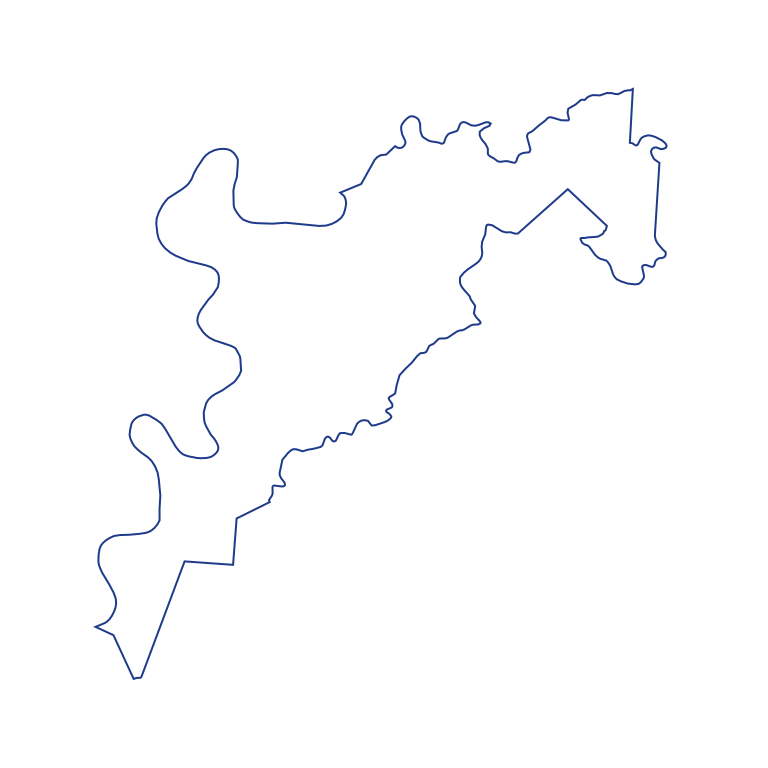 La Lima, Cortés, Honduras, rotated 185°
{"feature_id": "27666195B9619051731773", "entity_name": "La Lima", "entity_type": "district", "adm_level": 2, "iso_a3": "HND", "parent_name": "Honduras", "parent_adm1": "Cortés", "projection": "albers", "projection_center": [-87.885, 15.503], "detail": "fine", "context": "isolated", "style": "outline", "palette": "blue", "viewbox_px": 768, "rotation_deg": 185, "n_neighbors": 0, "source": "geoboundaries", "source_scale": "gbopen_adm2", "svg_char_len": 6162}
<svg xmlns="http://www.w3.org/2000/svg" viewBox="0 0 768 768"><g transform="rotate(185 384 384)"><path d="M128.9,628.3L134.5,631.5L137.6,636.3L138.3,639.1L137.4,641.5L135.5,643.1L133.4,643.4L128.6,642.1L125.7,642.8L123.7,644.1L123.2,645.7L123.8,647.2L125.4,648.9L128.5,651.0L135.4,653.8L139.8,654.7L142.7,654.7L146.3,653.4L148.7,651.8L149.9,650.0L151.9,645.0L152.9,643.8L154.4,643.7L157.6,645.5L160.1,645.7L161.8,699.6L164.4,698.0L166.2,697.9L169.9,696.9L176.0,693.1L179.7,693.1L182.6,693.7L185.7,693.3L186.8,693.5L194.1,690.3L200.0,690.1L201.8,689.8L204.1,688.8L206.6,687.1L208.7,684.5L211.4,684.5L212.6,684.1L217.4,679.2L224.4,674.3L224.8,670.3L222.8,664.0L223.0,663.1L223.6,662.6L230.4,662.2L240.2,664.2L242.6,664.1L243.9,663.4L246.4,660.4L253.1,654.2L258.3,648.7L262.3,646.2L263.2,643.7L262.8,641.9L258.5,630.2L259.4,627.6L265.0,626.4L267.6,625.3L269.6,623.7L271.0,620.5L271.5,617.7L272.5,616.1L274.0,615.7L280.1,616.7L282.5,616.6L286.8,615.6L289.0,615.5L290.3,615.9L294.9,618.7L297.3,619.6L299.8,621.1L300.6,622.5L301.0,627.2L301.7,628.7L304.1,632.3L306.7,634.7L309.0,637.5L310.4,640.3L310.6,643.7L306.7,647.5L301.3,650.5L301.3,651.4L300.4,652.7L303.0,653.9L305.7,653.5L312.8,650.1L315.8,649.2L319.6,649.3L325.8,651.8L327.8,651.8L329.2,651.3L330.3,650.4L331.0,649.1L332.5,644.1L333.3,642.5L340.6,639.3L342.0,638.2L343.8,635.2L345.4,629.5L346.4,628.7L347.6,628.4L350.8,629.3L359.4,629.9L361.8,630.8L366.4,633.2L367.6,634.4L369.2,637.7L369.8,639.5L370.8,646.7L372.5,650.2L374.5,651.9L377.0,652.9L379.8,653.2L381.9,652.5L384.2,650.6L386.9,647.3L388.8,644.0L389.3,641.9L389.0,638.7L387.6,634.2L383.8,627.5L383.7,625.4L384.7,623.1L386.5,621.2L388.8,620.4L391.1,620.6L393.7,621.9L401.7,612.8L407.4,611.6L410.6,609.3L412.9,606.4L424.1,581.3L444.3,570.8L440.2,567.8L438.8,565.5L437.9,562.9L437.5,560.5L437.6,557.6L438.2,553.3L439.1,549.6L441.1,545.9L445.1,542.0L449.8,539.0L455.3,536.8L462.3,535.8L496.0,536.1L509.0,534.0L523.8,533.2L528.9,533.2L532.3,533.6L538.5,535.4L541.6,537.7L545.5,541.9L548.2,545.8L549.3,549.0L550.9,563.6L550.2,570.2L548.6,577.4L548.9,592.9L549.4,595.3L551.1,598.1L553.8,601.1L556.7,603.1L560.4,604.2L564.2,604.3L568.8,603.6L573.1,602.2L578.1,599.3L581.5,596.2L583.5,593.4L589.1,583.2L591.6,577.6L593.5,571.4L596.1,566.7L598.1,564.2L602.1,560.5L615.3,550.2L617.6,547.1L620.4,542.3L623.3,535.5L624.9,529.0L624.8,523.7L622.9,514.3L621.1,509.0L617.7,504.0L613.8,500.0L608.2,496.2L602.6,493.6L589.7,489.5L571.8,486.7L566.4,485.4L562.3,483.2L559.7,480.7L558.3,478.0L557.6,474.8L557.5,470.4L558.0,465.9L562.2,458.1L566.3,452.8L573.1,441.5L574.7,437.4L575.4,434.0L575.5,431.2L574.9,428.5L573.2,425.4L568.7,419.9L565.4,417.1L562.2,415.0L556.7,412.7L540.2,408.8L536.9,407.6L534.8,406.4L530.1,399.3L529.2,396.1L527.5,384.7L528.9,380.3L532.0,374.8L533.5,372.8L544.7,363.4L551.2,359.3L554.6,356.7L557.9,352.6L559.6,349.0L561.1,340.0L560.4,334.5L559.4,330.1L557.6,326.5L552.9,319.5L551.2,317.4L548.5,314.9L546.1,311.8L544.5,309.1L543.5,306.5L543.5,304.1L544.4,301.7L546.4,299.2L549.2,296.8L552.0,295.5L554.8,294.8L559.9,294.1L563.7,294.0L572.3,294.9L576.4,295.8L578.6,296.7L581.9,299.0L586.0,303.3L598.1,320.3L601.5,324.4L603.5,326.0L607.5,328.4L615.1,332.1L617.6,332.6L620.1,332.6L624.8,330.7L627.5,328.9L629.7,326.7L631.2,324.5L632.1,322.2L632.9,316.5L633.0,311.0L631.9,307.5L629.5,303.2L627.5,300.5L624.3,297.7L619.2,294.1L612.8,290.4L608.8,287.1L604.9,282.0L601.8,276.0L600.0,269.2L597.1,253.4L596.7,239.8L595.7,228.6L597.3,224.8L600.1,220.6L602.7,218.0L605.7,216.0L608.5,214.9L615.2,213.3L624.1,211.7L633.8,210.5L639.7,209.1L644.4,206.4L647.3,204.1L650.1,201.2L652.0,198.2L653.0,194.7L653.4,189.6L653.1,182.6L652.2,178.9L650.6,175.5L648.0,171.0L640.4,160.6L635.0,152.3L632.4,146.4L631.7,141.7L632.0,137.9L632.9,134.2L634.9,129.3L636.9,125.8L639.3,123.1L641.2,121.6L650.2,116.9L631.6,110.2L607.7,68.4L604.9,69.6L601.2,70.1L600.2,70.9L567.2,189.9L518.6,190.7L519.1,237.2L487.6,256.4L488.4,258.0L488.3,258.6L485.9,263.1L485.4,264.9L486.1,271.8L485.5,272.9L484.4,273.3L476.9,273.0L475.0,273.4L474.1,274.1L473.9,275.4L474.6,277.2L478.1,281.0L479.5,283.2L480.1,284.8L480.2,286.7L478.6,299.7L473.7,306.8L471.0,309.8L468.6,311.2L465.6,311.3L459.1,309.9L454.1,311.9L448.3,313.4L441.6,315.8L439.9,317.5L438.2,324.0L437.3,325.5L436.1,326.5L434.9,326.6L433.5,326.1L430.2,322.7L428.6,322.4L427.0,323.4L424.9,329.1L423.5,331.2L419.1,331.8L413.1,330.7L411.8,330.8L410.9,332.3L407.4,342.0L405.6,344.1L403.2,345.6L400.1,346.3L396.8,345.9L392.8,341.7L391.8,341.6L388.9,342.3L379.8,346.2L376.5,348.3L374.3,350.6L373.9,351.4L373.9,352.2L374.7,353.4L376.4,355.0L379.0,356.2L379.6,357.7L378.8,358.9L374.4,361.2L373.8,362.1L373.7,363.2L374.2,364.9L377.6,369.0L378.1,370.5L377.0,371.8L372.7,374.9L372.0,376.0L371.3,383.7L369.3,394.1L363.6,401.5L358.2,407.6L353.1,415.2L350.3,417.9L347.3,418.4L345.1,419.3L344.2,420.7L342.3,425.8L340.4,427.2L338.3,428.2L333.4,433.8L331.5,434.3L327.4,434.7L325.3,435.3L323.0,436.9L316.1,442.5L313.3,443.9L310.7,444.4L308.6,445.4L302.5,450.0L300.5,450.8L295.2,451.6L293.3,452.8L293.2,453.7L294.0,454.9L298.1,458.6L300.6,462.2L300.0,468.8L300.3,470.2L304.9,475.8L306.3,478.9L313.3,485.6L315.5,488.1L317.0,491.1L317.5,494.9L317.5,496.5L317.0,497.8L314.0,502.0L310.5,505.5L302.2,512.4L299.9,514.9L298.5,517.5L297.7,520.0L297.5,522.9L298.7,529.2L298.6,534.3L296.2,541.9L296.0,549.3L295.5,551.1L294.7,551.7L293.5,551.9L289.9,551.5L280.2,546.6L277.5,545.9L275.2,545.7L271.1,546.2L266.5,545.2L263.8,545.5L217.9,594.1L175.7,560.9L176.6,556.7L177.0,556.1L178.0,555.6L178.3,554.1L179.4,552.4L183.8,549.4L194.1,547.7L197.0,546.9L200.4,546.6L200.9,546.0L200.8,545.3L199.0,542.1L196.5,540.5L193.4,539.8L191.7,538.8L185.1,531.2L182.0,528.8L179.5,527.6L173.6,526.4L172.2,525.5L170.4,523.5L168.5,520.7L165.9,514.4L164.5,511.9L162.9,510.0L161.0,508.5L156.4,506.8L149.9,505.3L143.1,505.1L139.3,505.8L137.1,507.7L134.9,511.3L134.4,512.8L134.4,514.5L136.7,521.8L137.0,523.3L136.7,524.3L135.4,525.0L133.6,525.5L127.9,524.0L126.4,524.2L125.1,525.6L124.4,529.7L123.3,531.4L121.2,533.2L118.2,533.7L116.2,534.6L115.0,536.0L114.6,537.8L115.0,540.0L117.9,542.2L123.7,547.9L125.7,550.8L127.1,555.1L128.9,628.3Z" fill="none" stroke="#1e3a8a" stroke-width="2"/></g></svg>